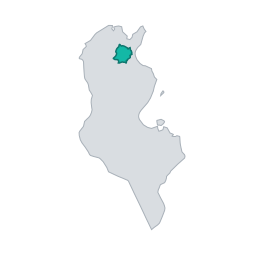 Zaghouan highlighted on a map of Tunisia, rotated 347°
{"feature_id": "TUN-120", "entity_name": "Zaghouan", "entity_type": "Governorate", "adm_level": 1, "iso_a3": "TUN", "parent_name": "Tunisia", "parent_adm1": "", "projection": "mercator", "projection_center": [10.024, 36.33], "detail": "fine", "context": "in_parent", "style": "filled", "palette": "teal", "viewbox_px": 256, "rotation_deg": 347, "n_neighbors": 0, "source": "natural_earth", "source_scale": "10m", "svg_char_len": 3677}
<svg xmlns="http://www.w3.org/2000/svg" viewBox="0 0 256 256"><g transform="rotate(347 128 128)"><path d="M176.4,147.8L176.4,148.5L175.5,154.0L175.3,156.0L175.2,159.4L175.2,163.4L177.1,166.8L177.2,168.3L176.4,170.0L172.8,172.0L168.2,174.5L164.3,176.9L159.9,179.6L158.6,181.3L156.4,182.6L154.6,183.9L154.3,185.2L153.0,187.6L151.4,189.5L147.2,190.4L146.5,190.9L144.6,193.8L143.7,194.9L142.6,197.3L144.0,203.3L145.7,209.5L146.0,212.1L146.0,214.3L145.1,216.6L142.9,219.9L141.2,222.4L138.1,226.7L137.2,227.8L135.1,229.1L131.0,230.8L128.1,232.3L126.6,225.6L125.3,219.9L124.3,215.2L122.5,206.9L120.9,199.8L119.3,192.8L117.9,186.3L116.5,179.8L115.9,178.9L111.7,175.8L107.7,173.0L103.6,169.8L99.2,166.3L98.5,161.8L96.2,155.2L93.8,151.4L92.9,150.5L88.1,148.0L85.3,146.3L84.6,145.2L84.0,142.5L82.0,137.1L79.8,132.1L78.9,128.8L78.8,124.5L79.3,121.5L80.3,120.2L85.0,116.4L87.2,111.8L89.9,110.1L92.2,108.8L94.1,107.2L95.8,104.8L97.1,102.2L97.3,99.4L97.8,94.9L98.7,91.8L100.7,88.3L99.9,85.4L98.8,82.3L99.1,77.0L98.8,74.8L98.0,72.9L97.1,70.4L97.1,68.3L97.9,62.9L98.6,58.7L99.6,53.3L99.2,51.8L98.5,50.7L96.2,49.5L96.2,48.8L96.7,48.0L100.1,45.3L101.9,41.4L103.4,40.6L105.7,39.2L105.7,37.7L105.1,36.1L111.2,34.2L116.9,29.4L118.9,28.2L132.2,23.7L133.9,24.1L135.9,24.7L135.3,26.4L134.5,27.7L135.7,30.0L137.3,28.6L136.9,27.7L136.8,26.4L139.5,26.3L141.9,26.5L144.6,27.9L144.4,33.1L147.9,38.2L146.9,40.8L149.8,42.3L152.4,40.5L153.7,37.8L158.4,36.3L162.9,32.3L165.4,31.9L166.0,35.2L167.2,38.0L165.5,39.0L163.3,42.0L159.2,49.5L155.4,51.8L152.6,54.7L151.7,56.7L151.4,59.2L152.1,63.5L154.2,67.8L156.6,70.5L158.9,71.3L164.2,75.4L164.1,77.9L164.9,80.8L165.2,84.3L167.0,87.2L163.1,93.3L160.9,97.8L156.6,103.9L152.8,107.8L144.7,113.7L142.7,115.6L141.4,117.6L140.8,119.7L141.0,122.2L143.7,128.3L147.2,131.8L150.8,133.7L157.1,133.0L156.9,135.3L157.4,138.1L159.9,137.9L161.7,137.5L163.1,134.8L166.2,136.7L167.8,142.3L170.4,144.1L170.7,144.7L169.8,145.2L169.1,145.8L169.8,146.3L172.4,147.0L173.9,146.5L176.4,147.8ZM163.1,132.0L162.5,132.1L161.3,132.9L160.7,133.0L158.9,132.1L158.2,132.1L157.4,131.5L157.6,128.1L157.9,127.1L162.2,127.0L164.6,129.0L164.9,129.6L165.0,130.2L164.0,131.3L163.1,132.0ZM170.9,101.6L167.1,103.8L167.9,101.9L170.3,99.7L171.0,100.2L170.9,101.6Z" fill="#d9dde1" stroke="#a8b0b8" stroke-width="1"/><path d="M148.1,50.2L148.0,52.4L148.1,53.0L148.3,53.3L148.5,53.4L148.7,55.2L148.6,55.7L148.3,55.9L148.1,56.1L148.2,56.3L148.3,56.4L148.4,56.6L148.5,57.0L148.4,57.1L146.6,57.6L146.3,57.8L146.2,57.9L146.2,58.0L146.3,58.4L146.3,58.6L146.3,58.8L146.2,59.3L146.1,59.6L146.0,59.8L145.9,59.9L145.7,60.0L144.8,60.4L143.4,60.9L143.0,61.2L142.8,61.6L142.6,61.8L142.3,62.1L142.1,62.2L141.9,62.2L141.7,62.0L141.6,61.9L141.5,62.0L141.4,62.3L141.3,63.4L141.2,63.5L141.0,64.0L140.8,64.1L140.7,64.2L139.9,63.4L139.7,63.3L139.5,63.2L139.4,63.1L138.4,62.9L138.2,62.8L137.4,62.4L136.6,62.4L134.4,62.7L133.9,62.7L133.7,62.6L133.2,62.4L133.6,61.8L133.7,61.6L133.8,61.3L133.9,61.1L133.9,60.8L133.8,60.5L133.7,59.9L133.6,59.6L133.5,59.4L133.4,59.3L133.2,59.1L132.0,58.7L130.9,58.4L130.6,58.3L130.4,58.1L129.5,57.2L129.4,57.1L129.4,56.9L129.6,56.6L130.3,56.3L131.9,55.3L132.4,54.9L132.9,54.3L133.2,53.8L133.4,53.5L133.7,52.7L133.7,52.3L133.6,51.7L133.2,51.1L133.5,50.3L134.2,49.3L134.3,49.1L134.4,48.9L134.8,48.4L136.3,47.2L137.0,47.0L137.3,46.7L137.7,45.8L138.1,45.1L138.2,44.9L138.3,44.8L138.5,44.7L138.7,44.8L138.8,44.8L139.0,45.0L139.6,46.1L139.7,46.3L140.0,46.6L140.3,46.7L140.5,46.6L141.0,46.6L141.4,46.7L142.4,47.2L143.1,47.7L143.2,47.8L145.4,49.8L145.6,50.1L145.6,50.3L145.5,50.5L145.8,51.0L146.1,51.0L147.1,50.4L147.3,50.3L147.5,50.3L148.1,50.2Z" fill="#14b8a6" stroke="#0f766e" stroke-width="1.5"/></g></svg>